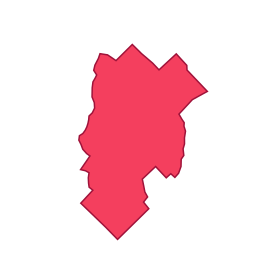 Nova Bréscia, Rio Grande do Sul, Brazil, rotated 316°
{"feature_id": "56859067B97551454910446", "entity_name": "Nova Bréscia", "entity_type": "district", "adm_level": 2, "iso_a3": "BRA", "parent_name": "Brazil", "parent_adm1": "Rio Grande do Sul", "projection": "natural_earth1", "projection_center": [-52.037, -29.217], "detail": "fine", "context": "isolated", "style": "filled", "palette": "rose", "viewbox_px": 256, "rotation_deg": 316, "n_neighbors": 0, "source": "geoboundaries", "source_scale": "gbopen_adm2", "svg_char_len": 974}
<svg xmlns="http://www.w3.org/2000/svg" viewBox="0 0 256 256"><g transform="rotate(316 128 128)"><path d="M205.1,155.3L210.5,156.8L210.7,127.3L213.8,123.8L214.2,108.2L190.7,107.7L190.8,98.4L189.4,83.9L189.1,70.9L166.2,71.2L164.1,61.2L159.5,55.1L155.0,57.4L147.9,59.8L143.4,62.7L142.3,68.1L139.0,69.3L134.8,70.5L130.2,74.2L126.3,78.1L123.7,80.7L121.4,86.3L117.8,90.5L112.9,92.3L108.3,92.3L105.4,94.8L102.5,96.8L99.2,98.6L95.7,99.9L91.7,100.6L87.7,99.8L84.2,102.6L82.8,107.1L80.7,111.9L80.5,117.7L81.2,121.7L65.0,125.0L67.7,129.2L68.9,133.1L64.9,136.2L61.3,140.3L58.9,143.6L59.5,148.3L41.8,149.3L43.0,183.6L43.1,200.9L66.9,200.7L86.9,200.5L87.7,192.1L94.2,191.2L95.7,185.7L99.3,180.2L102.8,174.7L121.1,174.9L120.9,190.4L127.0,190.6L127.4,196.1L132.9,195.7L139.4,192.5L144.6,187.4L149.1,186.5L153.1,181.3L157.6,178.7L161.8,174.3L167.2,170.2L169.5,165.6L172.1,163.2L172.9,158.9L174.3,153.4L194.0,152.3L205.1,155.3Z" fill="#f43f5e" stroke="#9f1239" stroke-width="1.5"/></g></svg>